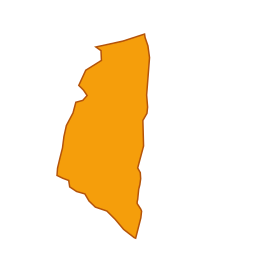 Xaçmaz, Albers equal-area conic projection, rotated 40°
{"feature_id": "AZE-1730", "entity_name": "Xaçmaz", "entity_type": "District", "adm_level": 1, "iso_a3": "AZE", "parent_name": "Azerbaijan", "parent_adm1": "", "projection": "albers", "projection_center": [48.76, 41.597], "detail": "fine", "context": "isolated", "style": "filled", "palette": "amber", "viewbox_px": 256, "rotation_deg": 40, "n_neighbors": 0, "source": "natural_earth", "source_scale": "10m", "svg_char_len": 738}
<svg xmlns="http://www.w3.org/2000/svg" viewBox="0 0 256 256"><g transform="rotate(40 128 128)"><path d="M51.3,86.6L68.3,64.6L80.3,45.4L82.9,47.7L90.5,52.3L99.3,60.3L121.1,90.8L129.6,99.4L133.1,104.6L134.5,112.6L151.5,131.8L161.1,152.4L166.1,154.3L170.3,158.7L173.5,163.8L175.6,168.1L181.4,176.6L182.4,178.6L183.6,180.0L189.8,181.9L191.9,183.0L195.6,188.6L204.7,207.5L203.3,208.0L189.9,208.5L176.9,206.2L165.1,205.2L153.8,209.6L145.1,209.0L137.3,206.2L129.4,209.7L121.2,210.6L116.3,206.3L110.4,208.4L104.1,210.0L99.8,204.0L95.2,194.8L90.7,185.5L84.4,175.7L79.2,165.7L76.2,151.8L71.5,141.8L75.6,135.9L75.8,129.4L69.6,127.6L62.9,127.0L58.5,110.9L64.2,93.3L57.6,86.1L51.3,86.6Z" fill="#f59e0b" stroke="#b45309" stroke-width="1.5"/></g></svg>